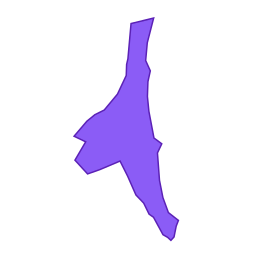 the border of Babites, rotated 92°
{"feature_id": "LVA-5756", "entity_name": "Babites", "entity_type": "Municipality", "adm_level": 1, "iso_a3": "LVA", "parent_name": "Latvia", "parent_adm1": "", "projection": "natural_earth1", "projection_center": [23.789, 56.896], "detail": "fine", "context": "isolated", "style": "filled", "palette": "violet", "viewbox_px": 256, "rotation_deg": 92, "n_neighbors": 0, "source": "natural_earth", "source_scale": "10m", "svg_char_len": 614}
<svg xmlns="http://www.w3.org/2000/svg" viewBox="0 0 256 256"><g transform="rotate(92 128 128)"><path d="M218.6,74.4L224.4,76.4L235.3,78.2L238.8,81.2L235.9,84.6L233.4,89.3L216.3,99.4L213.4,103.9L202.5,109.7L194.7,117.7L176.1,126.7L161.3,134.8L170.6,154.8L175.3,166.8L162.0,179.9L143.3,169.8L138.1,181.6L122.6,169.3L115.8,161.5L110.9,152.4L94.5,139.7L75.6,131.6L64.5,131.6L58.8,130.5L23.5,128.6L17.2,106.2L42.1,111.7L60.0,112.7L70.1,107.7L81.0,109.7L95.8,109.7L110.6,107.7L137.1,101.7L142.6,93.7L151.9,97.7L179.2,94.7L196.3,90.7L211.1,84.7L218.6,74.4Z" fill="#8b5cf6" stroke="#5b21b6" stroke-width="1.5"/></g></svg>